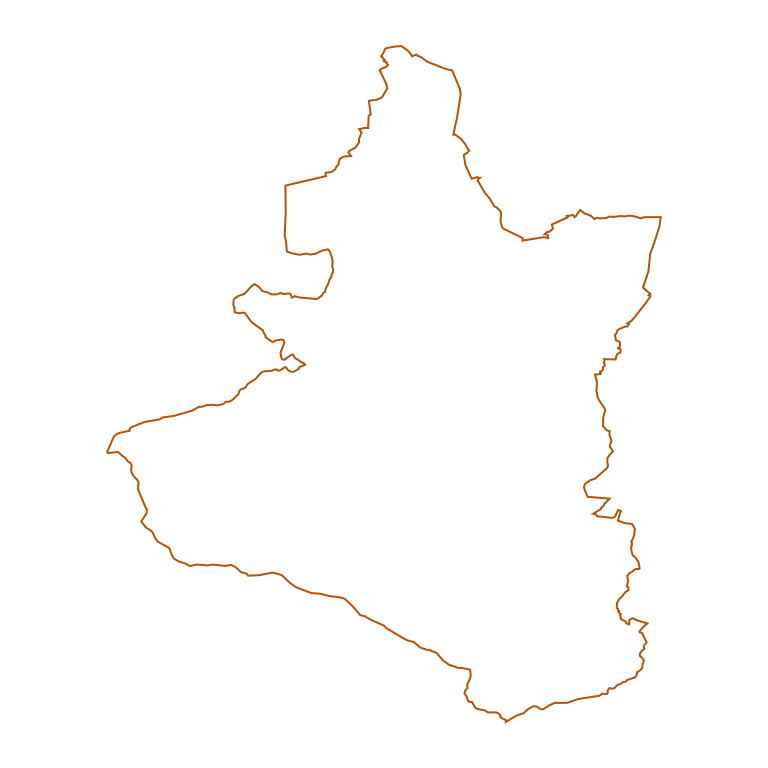 the district of SAG, Salaj, Romania
{"feature_id": "2599482B5262468185664", "entity_name": "SAG", "entity_type": "district", "adm_level": 2, "iso_a3": "ROU", "parent_name": "Romania", "parent_adm1": "Salaj", "projection": "robinson", "projection_center": [22.788, 47.047], "detail": "fine", "context": "isolated", "style": "outline", "palette": "amber", "viewbox_px": 768, "rotation_deg": 0, "n_neighbors": 0, "source": "geoboundaries", "source_scale": "gbopen_adm2", "svg_char_len": 6095}
<svg xmlns="http://www.w3.org/2000/svg" viewBox="0 0 768 768"><path d="M505.8,721.9L516.6,715.5L523.5,713.3L528.4,708.9L533.2,706.3L536.2,706.4L540.7,709.1L542.8,709.4L549.4,705.2L555.0,702.9L567.2,702.8L578.3,699.0L599.4,695.8L602.4,693.7L606.7,694.1L607.6,693.2L607.6,690.6L609.6,688.0L612.7,688.7L614.2,688.3L617.6,684.8L621.4,683.6L623.3,681.9L625.5,681.7L627.4,679.9L635.0,677.4L636.9,674.5L637.1,672.4L640.6,669.9L642.4,667.2L642.6,664.3L644.0,660.8L642.6,658.3L640.1,656.1L639.7,654.1L641.4,651.2L644.3,648.8L643.7,646.2L646.6,642.3L642.1,633.1L639.8,632.4L639.5,631.3L643.7,626.5L647.4,623.4L636.6,620.2L633.1,618.3L630.0,619.3L629.4,620.4L629.1,624.3L626.6,623.5L625.6,621.3L620.9,619.2L620.5,617.9L620.7,616.2L619.9,615.6L620.8,614.1L618.4,612.0L619.0,611.0L617.9,610.0L617.9,608.7L616.7,607.9L617.1,602.8L619.2,599.0L622.0,596.6L625.2,592.2L628.5,590.4L628.3,587.5L626.9,586.3L628.1,581.5L627.3,575.8L629.7,572.8L631.8,572.0L634.1,569.9L635.7,569.0L638.9,569.0L639.6,568.4L638.6,562.2L635.1,557.1L632.8,555.4L631.5,551.2L631.1,546.8L632.1,545.3L631.7,544.7L632.0,542.5L631.3,541.5L633.1,538.4L634.5,533.6L634.8,528.6L631.9,523.9L624.9,523.2L617.9,520.6L620.0,513.3L621.1,511.2L618.0,510.1L615.1,516.5L612.3,517.9L596.9,516.2L595.7,514.1L593.2,513.7L600.6,509.3L601.7,507.1L603.3,506.2L604.2,504.1L609.6,498.7L587.5,496.8L584.4,488.9L584.0,486.5L585.2,483.8L590.3,480.2L595.1,478.7L607.3,467.8L608.0,465.6L607.3,461.4L607.5,458.1L609.5,454.9L613.0,451.4L609.7,446.3L611.5,440.5L609.4,434.5L609.7,431.3L606.8,430.3L603.0,426.2L603.2,417.8L605.2,410.1L604.2,407.7L599.0,400.1L597.4,396.6L596.4,389.7L597.0,384.4L596.7,380.9L595.0,374.5L600.5,374.2L600.7,372.7L600.0,372.6L600.1,371.4L601.6,371.3L602.9,369.8L602.9,367.4L604.8,365.8L604.6,363.8L603.9,363.1L604.7,360.3L604.1,359.1L615.6,359.5L616.6,355.4L617.6,353.9L620.4,352.4L620.6,349.6L619.9,348.8L617.3,348.1L619.6,347.7L620.1,343.4L619.5,341.7L615.8,340.1L615.0,334.7L616.2,333.9L617.8,329.7L625.2,326.5L627.5,326.5L628.9,324.4L627.3,323.4L631.4,320.9L633.6,318.4L646.9,301.6L650.4,296.2L648.7,295.3L650.3,293.9L643.0,287.6L648.4,271.3L650.3,253.4L654.4,242.3L659.5,226.3L660.7,217.1L644.4,217.1L640.9,218.3L633.3,216.0L629.1,215.7L623.9,216.5L621.4,216.0L613.2,216.9L609.2,216.6L606.3,218.0L600.0,218.4L597.4,217.8L594.3,219.0L590.4,215.3L589.2,215.5L587.2,214.1L584.9,213.7L580.1,210.0L575.9,216.1L574.5,217.2L573.6,215.4L572.6,214.9L569.9,215.8L567.6,215.6L566.7,216.0L567.6,217.3L551.9,224.5L552.9,228.2L552.6,229.0L549.9,231.4L546.7,232.4L544.8,234.1L546.2,234.2L547.9,235.6L548.1,238.1L544.1,237.1L522.5,240.6L522.7,238.0L503.4,228.7L502.1,227.2L500.6,221.6L501.1,212.8L499.4,210.0L496.5,207.2L494.3,206.4L489.7,198.6L484.9,192.9L477.7,180.5L478.2,179.1L479.7,177.9L478.2,177.9L477.6,177.1L471.6,178.7L465.3,164.7L463.8,154.7L466.9,153.1L469.3,150.5L467.7,148.9L465.5,144.5L460.9,138.8L455.5,134.8L453.3,134.7L456.9,118.3L460.7,94.5L459.8,88.8L452.1,70.3L446.0,69.1L427.4,61.8L421.4,57.3L417.5,55.7L416.4,54.5L412.0,56.3L410.4,53.4L407.1,50.0L401.3,46.1L395.3,46.5L387.0,48.0L385.4,48.5L383.3,53.1L381.1,56.3L382.5,57.2L382.3,57.6L383.4,58.9L384.8,59.9L383.8,61.1L386.4,62.1L386.0,62.5L388.0,64.9L386.1,67.0L382.8,68.0L379.6,70.0L386.3,83.9L387.3,88.3L382.0,97.4L377.2,99.6L368.8,100.8L370.8,114.3L368.6,115.8L368.2,128.0L365.0,127.9L359.2,129.1L361.5,132.6L358.9,139.3L359.0,142.4L355.5,147.6L349.4,150.9L348.4,152.4L351.0,156.0L343.8,156.6L340.4,158.5L339.5,159.4L338.3,164.9L336.8,166.3L334.9,169.6L331.3,172.1L326.0,172.6L325.5,173.1L325.9,176.1L285.4,185.6L285.7,212.0L284.7,235.3L286.1,242.2L286.9,251.0L287.2,251.7L292.2,253.3L299.6,254.8L306.0,253.6L310.3,254.5L315.1,253.9L322.1,250.6L327.2,249.5L328.0,249.4L329.6,251.0L331.8,257.3L332.7,262.0L332.1,266.0L333.2,269.6L332.9,272.6L331.9,273.6L331.3,276.8L329.4,280.0L328.4,283.4L325.7,288.7L325.0,291.8L323.4,292.9L321.8,295.6L317.3,298.8L316.1,299.0L298.9,297.4L295.2,296.2L291.8,297.6L290.4,293.9L289.4,293.4L283.1,294.1L281.1,292.9L276.5,294.4L271.8,294.4L267.3,292.3L262.5,291.1L259.1,287.1L254.6,284.0L251.0,286.7L244.6,293.8L238.4,296.0L235.1,298.1L233.6,300.1L233.3,304.7L234.7,308.4L234.4,310.7L235.0,312.3L238.4,313.2L243.4,312.6L245.0,313.1L251.5,322.1L262.9,330.4L263.6,332.6L265.7,335.8L265.5,337.2L272.5,342.1L275.7,340.5L281.0,339.5L283.6,340.2L284.4,342.9L280.5,352.5L281.4,358.1L282.5,359.5L284.3,359.8L291.3,354.8L292.9,354.6L295.2,358.3L297.9,359.6L301.3,362.3L303.6,363.1L305.1,364.8L299.4,367.1L298.8,368.7L293.8,371.7L291.7,371.9L289.4,371.0L287.4,369.6L286.5,367.7L284.9,367.1L279.8,370.6L277.5,370.5L276.7,369.5L275.4,369.3L271.0,371.0L264.1,371.3L261.5,372.4L255.3,379.1L247.4,384.2L245.2,387.8L240.6,389.6L239.4,391.1L238.4,394.2L232.2,400.1L230.0,401.4L225.8,401.9L223.0,404.1L217.1,405.4L212.8,404.8L206.8,405.1L202.7,406.6L198.7,407.0L192.4,410.5L174.1,415.9L163.0,417.4L159.4,419.4L144.1,422.1L131.9,427.0L129.7,428.7L129.6,430.8L119.7,432.8L116.8,434.0L113.8,436.6L107.3,451.7L107.6,452.9L108.0,453.0L118.0,452.0L122.7,456.2L125.2,457.7L127.9,461.4L130.3,462.9L131.6,465.0L131.1,470.7L131.6,472.4L133.4,475.9L137.8,480.5L138.5,483.1L137.9,488.9L145.4,507.1L146.7,508.7L146.8,512.8L141.3,521.4L145.8,527.4L151.0,530.7L152.5,532.3L155.8,539.2L157.9,541.7L168.7,547.7L169.7,549.0L170.9,552.9L173.5,558.1L174.6,559.0L178.7,561.4L184.9,563.4L190.1,566.1L196.9,564.5L207.4,565.4L212.9,564.6L225.0,565.9L231.0,564.9L235.4,567.0L241.1,572.2L246.6,573.7L248.1,575.7L259.3,575.2L271.3,572.8L274.0,572.8L281.7,575.1L289.6,582.6L295.6,587.0L311.0,593.0L321.0,593.9L330.1,596.3L338.3,597.0L344.7,598.7L352.4,606.0L360.3,615.2L364.8,616.2L370.5,619.6L384.5,625.9L385.8,627.8L403.1,638.1L407.2,640.3L413.9,642.1L420.4,647.6L427.1,649.8L430.1,650.1L431.0,650.9L436.4,652.7L442.9,660.4L448.7,664.6L458.8,668.0L463.6,668.2L470.2,669.8L470.7,675.5L470.1,678.3L467.3,684.5L467.4,688.1L465.1,690.9L464.5,693.6L466.4,696.1L468.2,701.0L469.1,701.8L472.1,702.1L475.2,707.7L477.3,708.9L484.7,710.4L487.9,712.4L496.1,712.4L498.5,713.4L500.6,715.6L500.1,716.9L503.5,719.2L505.4,719.6L505.9,720.4L505.8,721.9Z" fill="none" stroke="#b45309" stroke-width="2"/></svg>